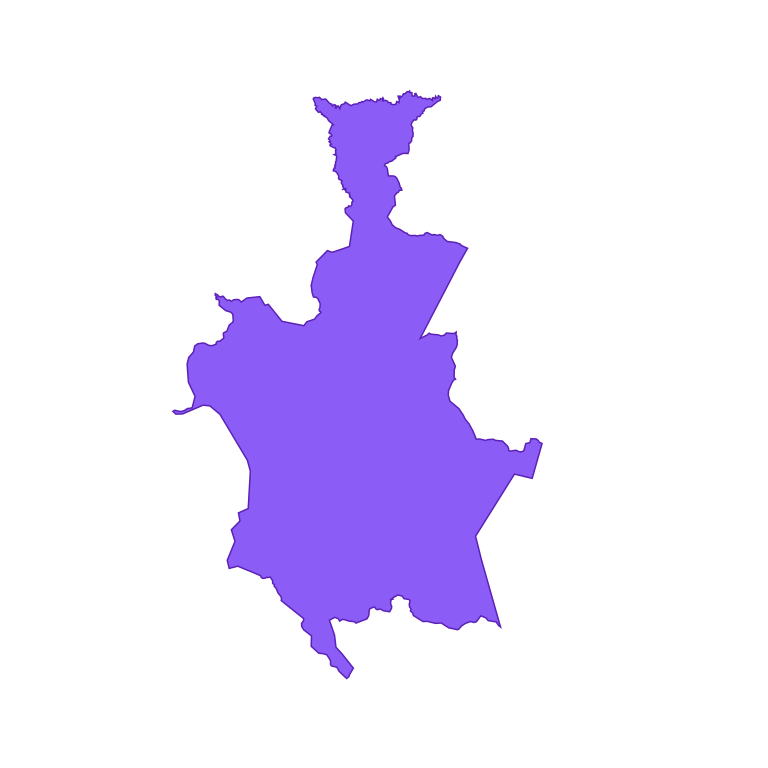 the district of Adansi Asokwa, Ashanti, Ghana, rotated 290°
{"feature_id": "2480657B45906044715427", "entity_name": "Adansi Asokwa", "entity_type": "district", "adm_level": 2, "iso_a3": "GHA", "parent_name": "Ghana", "parent_adm1": "Ashanti", "projection": "mercator", "projection_center": [-1.382, 6.167], "detail": "fine", "context": "isolated", "style": "filled", "palette": "violet", "viewbox_px": 768, "rotation_deg": 290, "n_neighbors": 0, "source": "geoboundaries", "source_scale": "gbopen_adm2", "svg_char_len": 6167}
<svg xmlns="http://www.w3.org/2000/svg" viewBox="0 0 768 768"><g transform="rotate(290 384 384)"><path d="M622.4,223.8L622.1,225.8L619.1,225.5L617.1,229.0L616.9,229.8L618.1,230.9L616.6,233.5L616.0,233.3L616.1,234.8L615.4,235.3L615.8,236.3L615.1,236.7L614.7,239.4L612.5,241.9L610.3,247.7L609.5,246.7L601.8,246.2L600.8,247.0L601.2,248.1L599.8,249.9L598.8,249.9L598.5,248.7L595.4,248.0L594.1,250.5L592.9,249.5L591.4,252.5L590.4,251.5L589.4,251.9L588.9,256.7L589.3,257.3L587.4,259.0L586.7,258.6L583.8,260.1L582.5,258.7L582.4,261.0L581.6,261.7L576.9,262.8L576.1,262.5L573.3,263.5L572.7,262.9L570.4,264.2L570.1,263.4L567.5,263.2L566.9,263.6L567.3,265.0L566.4,268.0L565.8,268.0L564.1,270.3L561.8,270.9L560.8,271.9L561.1,273.4L560.5,275.2L559.3,274.8L558.0,275.4L556.4,277.7L555.9,277.5L554.0,279.2L553.1,278.9L554.4,280.9L553.4,280.8L553.6,281.6L552.6,281.6L552.3,282.4L551.4,282.6L551.5,286.4L550.0,286.7L549.6,287.5L548.3,287.5L546.7,291.2L545.3,292.4L543.8,291.6L541.9,292.4L540.2,292.3L539.1,291.1L539.4,289.9L537.8,289.6L536.2,287.7L535.2,287.5L531.7,289.2L526.6,299.4L501.4,304.5L490.0,290.3L490.0,285.2L475.4,278.5L473.2,280.5L460.0,280.9L451.7,281.9L445.1,285.3L441.6,288.0L442.4,290.8L441.2,293.1L437.7,296.5L434.4,297.6L431.6,297.6L430.4,298.4L430.4,299.5L429.5,300.3L425.0,297.6L421.3,296.7L416.1,290.2L411.4,288.8L408.0,266.7L419.3,248.0L417.2,245.2L423.6,237.4L417.9,225.8L412.3,221.9L413.5,218.9L413.3,217.2L411.8,214.0L409.5,212.3L410.1,210.1L409.0,208.5L409.8,205.6L411.3,203.2L411.3,202.1L410.0,201.0L409.9,198.6L410.8,197.3L411.2,194.6L409.6,195.1L408.4,197.4L407.6,196.6L406.4,197.2L406.2,197.9L406.9,199.0L405.8,200.8L401.6,202.1L398.8,210.2L399.1,215.7L397.7,218.1L391.7,220.8L390.1,220.6L386.4,218.4L379.9,218.3L377.2,215.8L376.1,215.8L372.4,217.8L368.2,215.2L367.1,212.8L365.3,212.2L364.2,212.7L361.6,209.9L360.8,208.2L360.4,205.8L361.0,201.6L360.4,199.4L358.0,195.1L355.0,193.1L348.9,194.0L342.1,191.4L335.3,192.2L318.8,199.6L307.7,210.7L297.7,211.7L295.8,211.7L293.7,207.7L290.9,205.6L289.2,203.4L288.3,201.3L287.8,196.3L286.1,195.0L284.5,198.7L287.1,205.1L302.2,221.2L303.9,227.9L299.4,240.2L265.6,281.7L256.4,288.2L220.5,299.0L213.1,291.3L206.0,295.5L194.8,290.4L185.2,297.8L164.7,297.0L157.8,301.6L162.8,308.9L161.7,333.4L160.4,334.7L159.8,336.4L161.2,339.1L162.4,340.0L162.3,340.9L163.7,343.2L160.9,346.7L158.6,347.6L157.8,349.6L156.2,350.2L155.4,352.2L151.3,356.0L149.1,359.8L147.1,361.2L145.3,361.5L136.1,388.7L134.0,389.3L130.7,388.4L127.9,389.7L125.5,392.7L122.5,402.0L112.6,405.3L108.7,414.8L109.8,419.4L110.0,422.9L105.7,428.4L102.3,429.6L101.1,430.9L101.7,436.6L98.5,440.3L94.5,449.6L96.9,451.1L99.1,451.0L106.5,452.4L116.1,436.8L120.2,428.9L131.1,423.4L143.4,413.5L147.9,417.6L147.8,421.3L146.0,423.5L148.4,425.2L149.1,427.5L149.2,431.8L150.5,437.7L149.7,439.4L157.5,448.3L161.1,448.9L166.2,447.5L167.9,447.5L170.7,450.4L171.1,451.5L169.9,453.2L169.6,454.9L171.3,457.3L170.7,461.0L171.9,467.2L175.6,467.8L177.7,467.3L180.0,465.2L182.9,464.6L183.5,463.9L184.9,465.9L185.4,464.9L190.5,469.2L190.9,473.8L189.1,476.2L190.0,480.8L189.6,482.5L185.5,483.1L183.1,484.4L181.9,486.4L179.8,486.4L178.5,489.5L176.5,490.7L174.1,501.9L175.8,506.0L176.6,514.0L179.0,519.6L177.0,528.3L178.3,537.2L179.4,538.2L183.1,539.6L186.9,542.4L190.4,546.6L190.7,550.2L192.1,552.1L199.3,554.3L199.1,559.5L197.3,562.9L198.8,570.8L196.3,574.1L195.5,576.6L252.7,535.3L272.3,522.1L343.9,537.4L346.0,555.5L382.2,552.9L382.4,549.8L383.7,548.3L384.4,545.8L382.9,540.8L378.8,541.1L376.5,537.6L369.2,538.2L367.1,536.2L366.6,533.7L366.9,530.7L364.1,525.5L364.1,524.0L366.2,523.0L367.8,521.4L370.9,514.8L369.2,508.2L369.4,505.4L367.3,500.6L365.8,498.9L365.0,492.4L363.6,489.7L370.3,483.6L375.6,477.6L378.8,472.2L381.8,469.2L386.5,462.8L390.4,451.9L395.5,448.2L400.0,446.9L408.3,447.4L411.4,448.0L413.0,449.6L414.3,447.6L421.0,445.3L425.1,445.0L432.1,438.2L436.5,438.0L443.3,439.5L446.4,439.2L450.6,437.8L451.6,436.7L453.8,436.2L455.1,434.6L457.4,434.1L455.3,432.4L453.2,425.1L450.7,424.2L448.7,421.3L448.7,418.1L446.9,411.1L447.2,409.1L444.7,407.7L439.1,402.4L524.4,413.5L540.1,416.1L540.6,409.4L541.5,407.8L541.5,403.2L539.6,394.7L541.0,390.8L543.0,388.5L543.6,385.5L542.2,384.0L541.4,379.3L540.4,378.6L541.1,372.8L539.7,371.1L538.1,370.8L536.8,369.2L535.7,366.3L534.3,364.5L534.3,362.6L532.6,358.4L532.5,355.5L533.5,354.3L533.3,352.1L534.7,346.1L534.8,341.6L536.4,337.3L539.6,334.0L542.1,330.0L553.4,331.8L555.9,333.6L564.3,329.5L568.0,330.7L568.9,331.8L571.3,332.3L572.2,334.4L573.9,333.4L574.7,331.8L578.1,329.4L581.5,325.9L582.6,324.0L582.8,322.1L581.1,316.9L587.6,313.4L589.1,311.8L589.3,309.8L591.5,309.9L593.1,312.1L594.9,313.1L596.0,315.0L600.5,317.8L601.6,317.0L607.3,323.1L608.8,327.7L612.7,327.5L618.4,325.1L619.1,325.2L619.5,326.1L621.8,326.8L624.7,325.9L626.6,326.6L630.2,325.3L631.6,324.1L634.6,323.4L636.1,321.5L637.5,320.7L639.7,320.9L642.6,322.0L642.9,323.7L644.3,324.3L646.1,323.7L647.1,324.6L647.6,326.1L650.8,326.8L651.9,327.9L653.3,326.8L654.4,328.3L656.7,328.2L659.4,330.5L660.6,333.4L667.4,337.4L669.9,339.8L673.0,339.0L673.5,336.5L671.2,336.6L670.8,335.5L672.0,334.1L669.4,334.4L669.9,332.4L669.5,331.7L666.9,332.5L668.0,329.2L666.1,326.8L666.7,325.5L665.4,322.4L666.5,320.1L664.9,317.9L667.9,314.5L667.3,313.7L665.3,314.6L664.2,312.0L667.3,310.5L666.9,308.8L668.0,307.8L667.1,307.5L666.6,305.7L663.9,304.5L663.4,303.0L660.7,302.7L657.9,300.9L658.6,300.3L659.9,300.5L659.3,298.8L655.8,301.4L653.6,301.9L653.9,299.4L650.9,299.4L649.7,297.4L649.4,294.9L650.8,294.2L649.9,291.8L651.0,290.6L651.0,287.9L649.5,286.3L650.0,285.8L651.7,286.0L652.6,285.0L651.1,284.7L650.9,282.9L649.5,283.1L648.8,282.4L649.3,280.3L646.9,280.5L646.2,280.0L646.0,278.2L646.9,274.0L645.3,273.8L645.2,270.9L644.6,270.0L641.9,268.0L641.9,266.7L640.5,265.9L639.8,264.2L638.3,263.6L636.5,259.8L634.2,257.8L635.6,251.2L633.7,250.8L631.7,248.3L627.6,248.3L629.6,246.2L629.5,245.6L627.0,244.6L626.8,244.0L627.5,243.5L629.0,243.9L629.6,242.5L629.5,241.5L627.9,240.8L627.8,239.9L629.1,239.3L629.1,236.9L631.6,232.3L631.8,231.5L630.0,228.3L631.3,225.2L630.2,223.7L629.8,221.3L628.5,220.0L627.7,220.0L623.7,223.8L622.4,223.8Z" fill="#8b5cf6" stroke="#5b21b6" stroke-width="1.5"/></g></svg>